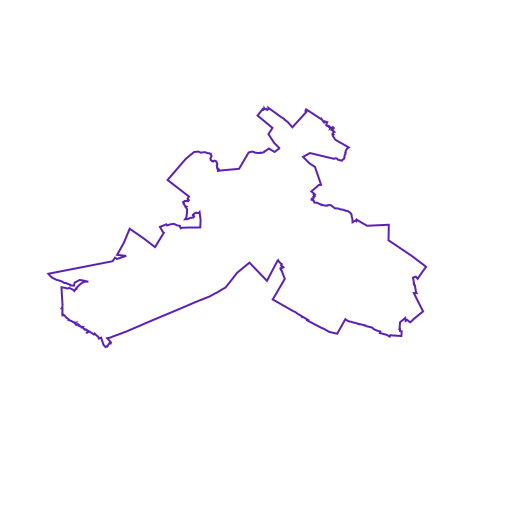 the district of Asientos, Aguascalientes, Mexico, rotated 119°
{"feature_id": "50627088B20342766547871", "entity_name": "Asientos", "entity_type": "district", "adm_level": 2, "iso_a3": "MEX", "parent_name": "Mexico", "parent_adm1": "Aguascalientes", "projection": "natural_earth1", "projection_center": [-102.056, 22.132], "detail": "fine", "context": "isolated", "style": "outline", "palette": "violet", "viewbox_px": 512, "rotation_deg": 119, "n_neighbors": 0, "source": "geoboundaries", "source_scale": "gbopen_adm2", "svg_char_len": 6040}
<svg xmlns="http://www.w3.org/2000/svg" viewBox="0 0 512 512"><g transform="rotate(119 256 256)"><path d="M169.0,312.6L188.0,313.1L197.6,327.3L200.0,330.5L199.6,330.7L198.9,330.2L198.3,330.4L198.1,330.8L198.1,331.5L198.3,331.9L197.8,332.1L197.8,332.9L196.6,333.4L195.9,334.0L195.7,334.3L195.2,334.2L193.8,334.7L193.4,335.8L192.7,336.4L192.5,336.9L192.5,337.7L192.8,338.6L193.5,339.4L194.0,339.3L194.3,339.8L194.4,340.6L194.0,341.6L194.0,342.1L193.5,342.4L193.2,343.0L192.8,343.2L191.5,343.2L191.0,343.1L190.1,343.3L189.1,344.9L188.7,345.1L188.8,345.2L188.8,346.6L189.6,348.4L189.8,350.5L190.5,351.8L192.4,354.5L192.6,357.0L195.1,360.6L205.0,364.5L232.4,370.2L236.5,343.4L239.1,343.6L239.6,343.0L239.7,341.8L240.9,341.9L241.3,342.6L241.5,343.4L241.8,344.0L242.0,344.2L242.3,344.9L243.0,345.2L243.2,345.4L243.8,345.6L244.1,345.8L244.3,345.2L245.0,345.2L245.5,344.4L245.4,343.9L246.0,343.5L246.4,342.9L246.7,341.7L246.5,341.3L246.5,340.7L247.4,341.2L248.1,339.5L248.8,338.8L251.6,337.3L253.2,336.8L254.8,336.0L256.5,335.6L258.2,335.8L257.6,335.0L257.4,334.3L256.5,333.6L256.1,332.9L254.7,332.1L254.3,331.7L254.0,331.1L253.6,330.7L252.8,329.6L251.9,329.3L251.3,329.3L251.1,329.7L251.0,330.9L250.8,331.2L250.6,331.2L250.1,330.7L249.6,330.8L249.0,330.4L248.5,330.4L247.6,329.9L247.1,329.4L247.1,328.8L246.8,328.0L246.2,327.2L245.8,326.9L244.9,326.7L251.4,321.9L258.1,318.6L264.1,329.3L267.1,334.3L268.2,335.1L267.4,336.5L266.6,337.2L267.5,340.1L267.7,343.5L269.9,346.3L272.4,348.7L271.8,349.8L277.1,354.1L280.1,349.2L280.3,347.9L297.2,348.6L295.2,361.8L293.4,379.7L308.2,378.0L322.3,378.0L318.9,369.6L326.0,376.2L325.8,378.5L330.1,378.9L372.2,429.0L373.3,426.0L373.5,424.6L373.8,424.1L373.6,419.1L372.4,414.1L372.5,410.5L371.8,409.3L371.3,405.0L371.8,404.2L371.3,403.9L371.4,403.4L370.2,400.8L367.2,401.7L362.4,398.5L361.2,395.2L359.8,390.1L360.6,392.0L361.7,393.4L362.8,394.5L364.6,395.5L367.4,396.6L371.3,397.6L371.7,397.6L371.8,397.1L372.2,397.3L372.2,397.7L374.7,397.9L374.2,399.6L374.4,403.0L374.7,404.1L375.9,405.2L376.3,407.2L377.6,410.9L379.6,409.8L392.3,401.7L394.5,400.5L396.1,400.6L395.9,399.7L399.8,397.6L400.6,397.5L400.7,396.1L401.6,396.2L400.9,394.6L401.0,394.5L401.5,392.8L401.9,392.0L402.0,390.7L402.1,390.3L402.1,389.7L402.3,388.8L402.9,388.8L402.3,385.6L402.5,384.1L402.2,383.3L402.1,381.9L401.8,381.5L402.7,381.8L403.1,380.4L403.4,379.7L401.9,378.9L402.3,376.7L402.9,377.0L402.8,374.9L401.9,373.0L402.7,373.1L402.6,372.9L403.2,370.8L403.4,370.6L403.4,370.3L403.0,370.4L403.0,369.2L402.7,369.1L402.8,366.6L405.1,366.8L405.1,366.7L404.6,366.2L403.9,365.9L403.5,366.0L402.8,365.6L403.2,359.7L402.0,359.5L402.5,358.3L403.1,355.2L403.3,354.5L403.7,354.0L403.9,354.0L404.4,353.3L403.6,352.9L402.5,351.9L407.5,346.4L407.8,346.0L408.2,343.9L408.6,343.5L407.3,342.7L407.2,342.4L407.7,341.3L407.2,342.3L403.7,342.0L403.8,341.9L403.0,340.7L401.8,341.1L400.1,346.3L397.1,343.0L396.3,342.6L394.1,340.7L391.5,338.4L384.4,332.4L363.8,316.5L337.3,295.6L326.0,286.9L313.8,276.9L308.6,273.7L307.2,272.6L301.9,269.6L298.4,267.4L289.0,265.8L279.9,264.4L265.0,258.5L267.0,251.9L272.4,234.4L249.7,234.9L248.9,234.6L249.5,233.9L250.6,230.6L250.5,229.7L251.3,229.1L252.1,229.4L252.6,228.6L252.4,226.6L252.6,226.4L254.8,228.4L254.7,228.5L254.9,228.6L255.2,228.6L256.4,226.7L256.2,226.7L262.1,219.7L285.9,220.3L286.2,196.3L285.9,194.6L286.4,191.3L286.4,186.9L287.0,186.5L287.1,185.8L286.5,185.3L286.7,180.2L287.0,180.5L287.4,180.5L287.5,180.3L287.1,163.1L286.8,162.2L286.9,155.1L284.6,147.3L267.9,147.2L268.3,144.5L268.1,143.0L267.3,140.4L267.0,138.7L266.0,135.4L265.9,133.7L265.5,132.4L265.3,132.5L263.8,126.9L264.1,126.9L263.7,124.7L262.3,119.9L262.9,117.1L262.6,114.2L261.8,110.6L262.6,110.3L263.3,110.3L261.6,103.5L261.7,100.0L260.1,100.1L259.5,98.5L255.5,90.1L251.3,92.0L251.8,93.8L250.2,94.5L250.4,95.1L249.9,95.2L244.6,97.7L243.9,97.8L237.9,95.4L240.2,93.7L238.6,92.9L239.3,89.1L237.8,88.4L234.5,87.5L223.5,83.0L211.9,100.0L210.7,97.8L210.6,98.1L205.7,102.0L204.5,103.0L204.7,103.5L203.3,104.9L202.9,104.8L198.8,108.2L196.6,106.2L197.6,103.6L190.0,102.9L183.0,102.0L180.5,119.1L178.0,147.7L164.3,155.0L175.7,173.5L175.5,184.8L176.5,185.0L175.6,185.8L176.6,186.1L179.7,187.9L176.5,189.9L175.2,191.4L173.8,192.2L173.1,193.0L173.0,193.8L172.7,194.0L172.5,194.5L172.3,195.8L172.2,197.0L172.2,197.5L172.7,198.4L172.8,199.4L173.0,199.8L173.0,200.8L173.4,202.7L173.8,203.7L174.3,204.4L174.3,205.4L174.6,207.2L176.0,209.9L175.5,214.0L175.2,215.2L176.3,217.2L177.3,218.3L177.6,218.3L178.5,220.4L179.4,223.1L179.2,223.1L179.2,224.3L179.3,223.9L179.6,223.8L179.8,228.5L181.0,230.7L179.9,231.9L179.8,234.7L178.9,235.0L178.5,234.6L178.1,233.6L177.2,233.8L176.3,234.4L175.6,233.7L175.5,234.0L175.7,234.4L174.2,234.1L174.2,234.9L173.6,234.5L173.1,236.4L172.7,238.9L163.5,235.5L162.2,233.6L149.5,247.6L149.1,253.9L146.5,262.9L139.8,258.7L133.4,235.7L133.3,235.1L131.9,233.7L131.5,232.4L132.1,231.2L131.0,227.1L129.9,227.0L128.6,226.2L127.5,226.3L127.2,226.4L126.9,226.4L126.8,226.7L124.5,227.4L123.9,227.2L122.9,227.4L122.6,227.8L122.2,227.8L122.2,228.0L121.9,228.0L120.9,228.4L118.4,228.5L117.0,228.0L116.1,227.5L115.9,240.9L115.8,243.2L113.6,247.2L112.3,247.0L112.2,248.4L110.0,248.1L109.5,247.6L109.2,248.6L109.2,250.8L108.4,250.6L107.8,250.1L106.4,250.0L106.3,250.7L106.4,250.9L106.1,251.4L108.6,252.9L107.9,253.0L107.9,254.1L107.3,254.0L107.0,255.5L107.5,255.8L107.5,256.5L107.4,257.1L107.7,257.1L107.7,257.8L106.4,258.4L104.5,258.6L104.8,259.1L104.8,261.1L106.2,261.2L104.3,265.4L104.7,265.4L103.4,283.2L105.1,283.1L105.5,282.7L105.6,281.8L125.8,286.6L123.5,292.9L122.8,297.6L122.4,297.9L122.3,301.5L120.4,317.0L121.3,316.3L122.4,316.8L122.8,316.9L122.9,317.1L122.4,318.6L122.7,318.7L122.9,318.9L123.3,320.0L123.0,320.4L123.9,320.1L124.7,320.6L124.3,321.4L132.4,322.7L136.0,303.7L143.4,304.2L148.3,294.9L150.2,288.2L150.6,287.8L156.0,290.2L155.8,296.9L159.1,298.4L160.5,299.4L161.3,299.3L163.6,301.7L163.4,302.2L164.6,303.4L166.2,307.2L166.1,307.4L166.0,308.0L166.2,308.9L166.6,310.0L169.0,312.6Z" fill="none" stroke="#5b21b6" stroke-width="2"/></g></svg>